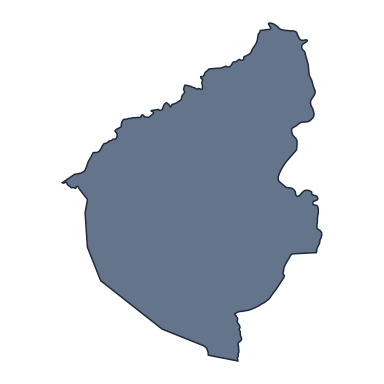 the district of Meambar, Comayagua, Honduras
{"feature_id": "27666195B59484840238498", "entity_name": "Meambar", "entity_type": "district", "adm_level": 2, "iso_a3": "HND", "parent_name": "Honduras", "parent_adm1": "Comayagua", "projection": "orthographic", "projection_center": [-87.769, 14.843], "detail": "fine", "context": "isolated", "style": "filled", "palette": "slate", "viewbox_px": 384, "rotation_deg": 0, "n_neighbors": 0, "source": "geoboundaries", "source_scale": "gbopen_adm2", "svg_char_len": 5917}
<svg xmlns="http://www.w3.org/2000/svg" viewBox="0 0 384 384"><path d="M237.9,361.0L237.3,357.9L238.2,356.4L238.2,355.6L238.1,354.3L238.7,352.5L238.9,351.1L238.6,348.2L238.5,346.2L238.0,344.3L238.0,343.2L238.2,342.9L238.6,342.4L240.1,341.3L241.1,340.3L241.5,339.3L241.6,338.6L241.4,337.7L240.5,335.6L240.3,334.4L240.2,331.7L239.1,329.3L239.1,328.9L239.6,328.5L239.9,327.8L240.0,327.1L239.8,326.3L239.3,325.0L237.8,323.2L237.3,322.1L237.2,321.6L237.6,318.9L237.6,318.3L236.3,316.2L235.0,314.4L234.8,314.1L234.9,313.8L235.2,313.5L237.1,312.4L240.1,311.4L240.9,311.3L241.9,311.5L243.1,311.1L246.0,310.7L248.7,310.2L250.3,309.6L255.0,307.8L257.1,306.6L258.6,306.0L261.8,303.9L264.9,302.2L268.7,299.2L270.2,297.5L271.2,295.9L273.5,292.6L276.5,288.8L282.4,279.7L284.3,276.6L284.4,276.1L284.3,275.7L283.2,273.9L282.9,273.2L283.0,272.5L283.4,271.6L284.0,267.6L284.4,266.5L287.0,261.5L289.0,258.3L290.4,255.6L292.2,253.9L316.4,252.6L316.7,251.2L316.7,249.4L316.8,248.9L318.1,246.0L319.5,243.5L320.1,239.7L321.3,237.5L321.7,235.3L321.7,233.3L321.6,232.7L321.2,231.9L320.1,230.6L317.3,228.6L317.1,228.3L317.0,227.5L316.8,225.7L317.4,221.9L317.4,218.5L317.6,217.2L317.7,215.7L318.2,213.5L318.3,212.3L318.3,209.3L318.1,208.0L317.6,206.5L317.1,205.8L316.4,205.4L313.6,204.7L313.0,204.1L312.7,203.5L312.8,202.5L313.4,201.4L315.7,200.7L317.0,200.0L317.6,199.4L317.8,198.8L317.7,198.0L317.4,197.3L317.0,196.6L316.3,196.0L312.9,194.9L312.1,194.5L312.0,194.3L311.5,191.8L311.4,191.7L310.1,191.0L308.6,190.4L307.1,190.2L305.6,190.3L304.5,190.6L302.5,192.2L301.2,193.6L300.1,194.9L299.4,195.6L298.0,196.3L297.4,196.4L296.9,196.4L296.3,195.8L295.8,195.0L295.6,194.2L295.5,192.8L295.1,191.3L294.6,190.6L293.7,189.5L292.5,188.6L291.2,188.1L290.2,187.9L287.2,187.6L286.3,187.4L285.8,187.1L279.4,181.7L278.9,181.1L278.6,180.4L278.3,179.6L278.2,178.7L278.2,177.6L278.4,176.3L279.5,173.2L281.3,169.3L283.4,165.8L285.3,163.0L286.3,161.6L291.8,155.2L295.1,151.6L296.6,149.6L297.1,143.8L297.1,141.9L297.0,141.0L296.6,139.7L296.0,138.6L292.9,135.2L292.7,134.8L292.1,133.0L291.6,131.0L291.6,129.7L291.9,128.6L292.6,127.9L296.3,125.8L298.6,123.8L300.5,122.6L302.0,122.2L305.7,122.0L307.2,121.8L308.4,121.5L309.3,121.1L310.7,120.0L312.3,118.4L313.4,116.9L313.9,115.5L314.0,113.7L313.5,111.3L312.8,108.9L311.5,106.5L310.8,104.9L310.6,103.6L310.5,102.1L310.7,101.0L310.9,100.3L311.9,98.6L313.8,95.9L314.5,94.7L315.1,92.6L315.2,91.2L313.2,85.9L311.7,80.3L309.2,75.2L308.2,64.5L305.9,56.5L305.0,52.6L304.7,51.9L304.4,51.4L302.8,49.8L302.2,49.0L301.8,48.1L301.7,47.2L301.8,45.8L301.9,45.3L302.2,44.9L303.3,43.9L306.9,41.5L307.3,40.9L307.4,40.4L307.1,40.0L305.9,39.9L305.1,39.9L303.6,40.3L302.0,40.3L301.2,40.2L300.4,39.7L299.8,39.2L299.3,38.5L297.4,34.6L296.7,32.6L296.2,32.0L295.4,31.6L294.3,31.1L293.2,30.9L290.0,30.8L285.1,30.3L282.4,29.9L281.3,29.6L280.5,29.3L279.6,28.7L276.8,26.1L274.8,24.6L272.4,23.5L270.5,23.1L269.7,23.0L269.0,23.2L268.6,23.5L268.5,23.9L268.6,24.4L270.5,27.6L270.6,28.0L270.5,28.5L270.3,28.9L270.0,29.2L269.6,29.4L268.8,29.6L266.3,29.6L262.2,30.3L260.3,30.4L259.9,31.9L258.2,34.5L257.6,38.2L257.3,40.2L256.3,43.0L255.1,45.2L252.7,48.5L250.8,52.7L249.8,53.8L246.0,56.0L244.8,56.3L244.1,56.7L243.7,57.8L243.7,58.8L243.6,59.4L243.2,59.8L241.9,60.3L241.4,60.3L240.8,60.1L239.2,59.4L237.9,60.2L236.4,61.5L235.9,61.8L235.4,62.0L233.8,61.9L233.5,62.0L232.7,62.8L230.9,65.8L230.2,66.3L229.2,66.8L228.2,67.0L227.3,67.0L226.9,66.8L226.3,66.2L226.0,66.1L224.4,66.8L221.0,68.0L211.2,68.7L209.6,68.9L209.0,69.1L208.5,69.3L207.5,70.6L205.5,72.0L204.8,73.1L204.1,75.0L203.2,76.2L202.5,76.7L201.1,76.7L200.7,76.8L200.7,77.5L201.0,78.2L201.5,78.7L202.4,79.3L202.7,79.9L202.6,80.4L202.3,80.9L202.1,81.4L201.9,82.7L201.9,83.5L202.4,85.8L202.5,88.1L202.1,89.3L201.2,89.4L199.0,88.5L198.0,88.6L197.2,89.1L196.3,89.0L195.9,88.8L195.4,88.3L194.6,87.8L192.0,87.0L191.1,86.5L190.1,86.2L186.9,85.4L185.5,85.2L184.9,85.2L184.7,85.5L184.3,86.5L183.9,88.0L183.6,89.3L183.8,90.2L184.3,90.9L184.5,91.4L184.5,92.4L184.2,93.1L182.9,94.5L182.2,95.6L181.6,97.3L181.4,98.9L181.1,99.6L180.5,100.2L179.0,101.3L176.0,103.1L173.8,104.0L172.7,104.2L172.1,104.4L171.7,104.9L171.4,106.1L170.8,106.8L170.5,106.9L170.1,106.6L168.9,104.6L167.4,103.3L166.6,102.9L165.9,102.9L165.1,103.5L164.0,105.0L163.3,106.5L162.5,109.0L162.1,109.6L161.5,110.0L160.9,110.3L159.6,110.5L159.0,110.1L158.7,109.5L158.4,109.4L154.3,110.1L152.0,110.4L151.3,110.6L151.2,110.8L151.3,111.1L152.7,111.8L153.3,112.3L153.5,112.9L153.5,113.5L153.0,114.0L151.3,115.2L149.8,116.7L149.1,117.2L148.4,117.3L146.0,117.1L145.3,116.9L144.3,116.4L143.1,115.1L142.7,114.9L142.3,114.9L141.8,115.0L141.5,115.3L140.9,117.0L140.1,117.4L139.2,117.5L138.1,117.4L135.7,117.7L133.8,117.7L132.2,117.8L131.8,117.9L131.4,118.3L130.9,118.4L128.4,118.5L126.0,119.4L124.1,119.3L123.4,119.7L122.6,120.6L121.9,121.9L121.2,124.9L121.3,125.9L121.0,126.9L120.0,127.5L116.8,129.1L115.4,130.2L115.1,130.7L115.0,131.0L115.1,131.3L116.7,133.3L117.0,133.8L117.1,134.4L117.1,136.4L116.5,137.8L115.9,138.8L115.6,139.1L115.2,139.2L113.2,139.1L111.1,140.6L110.5,140.8L109.8,140.8L109.2,141.0L108.4,141.7L106.5,143.1L105.6,143.3L104.7,143.4L104.1,143.6L103.7,144.0L102.9,145.1L101.9,146.8L101.2,148.3L100.4,149.7L99.7,150.7L99.2,151.2L98.3,151.8L97.0,152.4L96.2,152.5L94.4,152.5L93.1,152.8L91.0,157.0L88.3,161.4L85.9,168.4L85.1,170.2L84.5,171.0L81.0,173.1L76.1,174.1L74.6,174.3L62.3,182.7L62.9,183.1L63.6,183.1L64.3,182.9L65.8,182.4L66.3,182.4L66.6,182.7L67.3,184.2L68.1,185.2L68.5,185.6L69.9,186.4L70.8,187.4L71.3,187.7L72.2,187.7L73.5,187.6L74.5,187.9L75.2,188.3L75.5,188.4L75.7,188.2L76.5,186.6L77.2,186.4L77.8,186.5L78.1,186.8L78.5,187.7L79.8,189.7L81.4,191.7L83.6,194.6L86.8,198.6L87.3,199.3L87.4,199.9L87.2,202.2L86.7,203.9L85.1,212.9L87.4,247.2L100.7,280.7L162.1,329.1L203.5,345.7L204.9,346.7L206.3,348.0L206.6,348.4L207.6,350.7L208.0,351.9L208.1,352.5L208.3,355.2L237.9,361.0Z" fill="#64748b" stroke="#1e293b" stroke-width="1.5"/></svg>